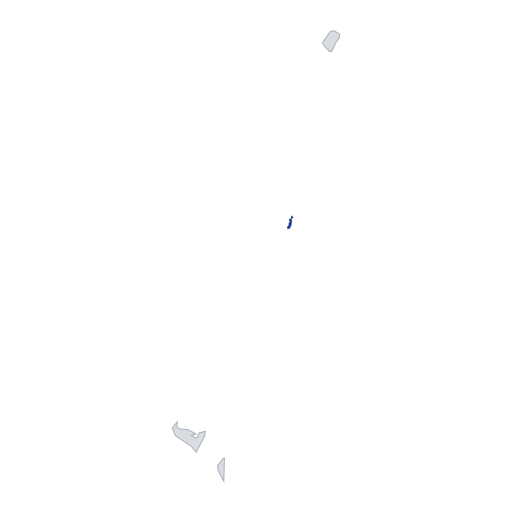 Pangai, Tonga (highlighted)
{"feature_id": "48082658B13739269194746", "entity_name": "Pangai", "entity_type": "district", "adm_level": 2, "iso_a3": "TON", "parent_name": "Tonga", "parent_adm1": "", "projection": "equal_earth", "projection_center": [-174.349, -19.79], "detail": "fine", "context": "in_parent", "style": "filled", "palette": "blue", "viewbox_px": 512, "rotation_deg": 0, "n_neighbors": 0, "source": "geoboundaries", "source_scale": "gbopen_adm2", "svg_char_len": 1675}
<svg xmlns="http://www.w3.org/2000/svg" viewBox="0 0 512 512"><path d="M195.6,437.6L197.2,437.6L199.0,433.0L205.3,431.3L204.6,436.2L196.2,452.2L190.9,446.0L175.5,435.8L172.3,427.8L177.4,421.8L176.9,426.7L179.5,428.9L188.2,429.7L196.0,434.0L191.2,435.4L195.6,437.6ZM336.0,42.3L331.6,51.6L329.5,51.5L324.3,46.1L322.5,42.5L330.3,31.6L334.3,30.7L339.7,34.4L339.4,37.5L336.0,42.3ZM224.4,458.0L223.8,481.3L218.2,470.6L217.5,465.6L223.2,458.4L224.4,458.0Z" fill="#d9dde1" stroke="#a8b0b8" stroke-width="1"/><path d="M289.5,227.0L289.9,226.4L290.0,226.1L290.5,225.6L290.3,225.5L290.5,225.0L290.4,225.0L290.4,224.6L290.2,224.6L290.2,224.1L290.3,223.9L290.3,223.7L290.4,223.4L290.5,223.3L290.8,223.5L290.9,223.1L291.0,222.9L290.7,222.7L290.9,222.1L290.9,221.8L291.0,221.5L291.1,221.4L290.9,221.3L291.0,220.9L291.0,220.5L291.1,219.8L290.4,219.4L290.4,219.5L290.1,219.7L290.0,219.8L289.9,219.8L289.8,220.0L290.0,220.1L290.1,220.3L290.3,220.6L290.3,220.9L290.3,221.1L290.3,221.3L290.3,221.5L290.3,221.8L290.3,222.0L290.2,222.1L290.1,222.3L290.1,222.6L290.0,222.8L289.9,223.0L289.8,223.3L289.8,223.6L289.7,223.9L289.6,224.0L289.6,224.3L289.5,224.5L289.4,224.4L289.4,224.5L289.5,224.5L289.4,224.7L289.5,224.9L289.5,225.0L289.5,225.3L289.4,225.3L289.3,225.5L289.2,225.7L289.2,225.9L289.2,226.0L289.0,226.3L288.9,226.3L288.8,226.5L288.7,226.5L288.4,226.7L288.2,226.8L288.1,227.0L287.9,227.2L287.8,227.3L288.1,228.1L288.3,227.9L288.4,227.7L288.5,227.6L288.8,227.9L289.0,228.0L289.5,227.8L289.6,227.6L289.7,227.2L289.5,227.0ZM292.0,216.8L291.9,217.0L291.6,217.3L291.6,217.6L291.8,217.9L292.1,217.8L292.4,217.6L292.5,217.5L292.0,216.8Z" fill="#3b82f6" stroke="#1e3a8a" stroke-width="1.5"/></svg>